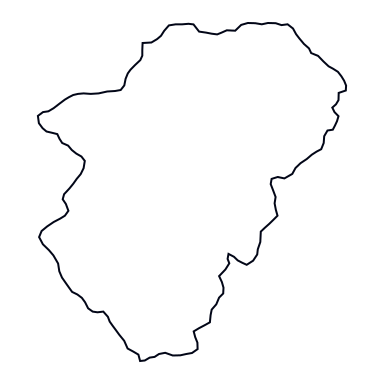 the district of São Geraldo do Baixio, Minas Gerais, Brazil
{"feature_id": "56859067B90652134730320", "entity_name": "São Geraldo do Baixio", "entity_type": "district", "adm_level": 2, "iso_a3": "BRA", "parent_name": "Brazil", "parent_adm1": "Minas Gerais", "projection": "mercator", "projection_center": [-41.367, -18.928], "detail": "fine", "context": "isolated", "style": "outline", "palette": "ink", "viewbox_px": 384, "rotation_deg": 0, "n_neighbors": 0, "source": "geoboundaries", "source_scale": "gbopen_adm2", "svg_char_len": 2233}
<svg xmlns="http://www.w3.org/2000/svg" viewBox="0 0 384 384"><path d="M193.5,24.4L188.5,23.8L182.4,24.3L175.8,24.3L168.9,25.4L164.2,30.8L161.0,35.8L157.1,39.1L151.4,42.5L142.6,43.0L142.3,50.0L142.3,55.7L140.3,60.1L135.0,65.1L130.5,69.7L127.8,73.4L125.6,78.8L124.3,85.4L120.7,90.0L115.1,91.0L107.2,91.5L98.6,93.4L90.7,93.9L83.6,93.4L78.0,93.9L73.2,95.0L68.9,97.2L64.9,99.6L59.7,103.5L53.6,108.2L48.4,111.3L43.0,112.1L37.9,115.9L38.9,123.2L42.6,128.2L46.5,131.5L52.1,132.8L57.3,134.1L59.5,138.8L62.2,143.0L68.1,145.6L71.8,150.0L76.3,153.6L81.4,156.5L84.8,160.9L83.6,168.2L80.7,174.1L76.7,178.9L73.3,183.7L69.4,188.5L64.1,194.2L62.7,199.3L65.9,204.0L68.4,210.8L64.9,215.7L60.2,218.6L53.7,222.0L47.2,226.4L41.6,231.0L39.1,237.1L42.9,244.3L48.9,250.1L53.4,255.4L58.1,263.5L59.3,271.3L62.0,277.6L66.4,283.9L69.3,288.0L72.1,291.9L77.4,294.5L81.9,297.9L85.1,302.3L88.1,308.3L92.7,311.6L97.5,312.3L103.3,311.6L107.9,316.8L109.7,321.6L112.6,325.7L115.5,329.6L119.3,334.8L124.2,340.8L127.6,348.5L133.3,351.6L138.4,354.6L140.1,361.0L144.8,360.5L149.7,357.6L154.6,356.9L159.0,354.0L165.2,352.8L172.8,355.5L180.4,355.3L186.3,354.0L192.0,353.0L197.6,349.1L197.4,342.6L195.2,337.1L193.7,331.4L199.0,328.2L204.7,325.2L209.9,322.3L210.6,315.1L211.7,309.6L216.3,304.3L219.1,297.6L223.2,293.5L223.5,287.7L221.9,282.1L219.1,276.1L225.4,269.5L229.3,263.3L227.6,258.9L228.5,253.9L234.0,256.8L237.7,260.4L242.3,262.8L246.7,264.8L253.1,260.7L257.2,254.5L257.8,249.3L260.3,242.0L260.8,231.6L264.7,227.9L269.3,223.8L273.3,219.9L277.5,215.7L275.8,209.6L274.6,203.3L275.6,197.0L273.1,190.3L270.7,184.1L271.6,178.9L277.6,177.0L284.4,178.4L292.3,173.9L295.5,168.0L300.5,163.2L306.8,159.0L311.8,154.7L316.6,151.6L321.2,149.2L323.7,143.0L324.2,136.2L327.5,130.5L332.8,129.7L335.0,125.5L337.0,121.2L338.5,116.2L334.5,112.1L332.3,107.6L336.0,104.3L338.5,100.1L338.7,92.9L345.8,90.5L346.1,85.6L344.1,80.7L341.4,76.3L337.9,71.8L333.0,68.7L328.6,66.3L323.4,61.4L318.1,55.9L311.2,53.1L309.0,48.4L304.0,44.0L299.4,38.5L296.1,34.2L293.0,28.5L287.6,24.3L281.5,25.1L275.7,23.2L267.9,23.0L261.8,24.3L255.2,23.2L247.8,23.0L241.2,24.9L235.2,30.7L226.8,30.3L221.4,32.7L217.2,34.4L211.7,33.7L206.0,32.6L199.1,31.6L193.5,24.4Z" fill="none" stroke="#020617" stroke-width="2"/></svg>